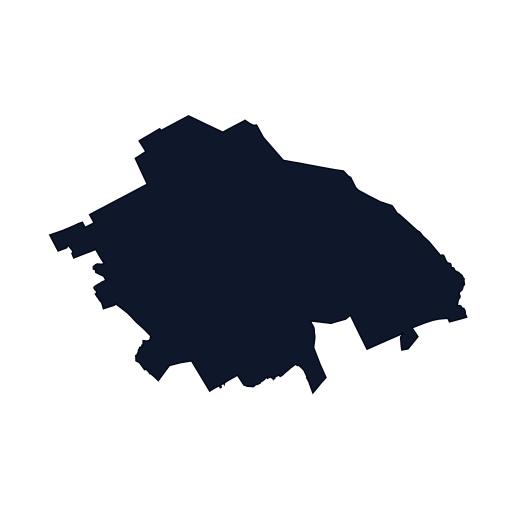 the district of Soyaniquilpan de Juárez, México, Mexico, rotated 330°
{"feature_id": "50627088B65616547709828", "entity_name": "Soyaniquilpan de Juárez", "entity_type": "district", "adm_level": 2, "iso_a3": "MEX", "parent_name": "Mexico", "parent_adm1": "México", "projection": "albers", "projection_center": [-99.518, 20.053], "detail": "fine", "context": "isolated", "style": "filled", "palette": "ink", "viewbox_px": 512, "rotation_deg": 330, "n_neighbors": 0, "source": "geoboundaries", "source_scale": "gbopen_adm2", "svg_char_len": 5984}
<svg xmlns="http://www.w3.org/2000/svg" viewBox="0 0 512 512"><g transform="rotate(330 256 256)"><path d="M407.8,414.3L408.1,413.5L408.0,411.8L408.2,411.2L408.3,410.9L408.6,410.3L409.0,409.6L409.6,408.0L409.7,407.2L409.6,406.5L409.7,406.1L409.7,405.4L408.7,404.5L408.6,404.2L408.4,403.5L408.4,402.2L408.2,401.5L407.7,400.8L407.0,400.6L406.4,400.4L405.9,400.3L405.6,399.8L406.0,399.0L406.5,398.5L407.0,397.7L408.1,396.4L408.4,396.1L408.6,395.8L409.1,395.4L409.2,394.9L409.4,394.7L409.9,394.5L410.6,394.5L411.1,394.4L411.9,393.6L412.3,393.2L412.6,392.8L412.8,392.4L412.8,391.5L412.7,391.1L412.8,390.8L412.9,390.4L413.4,389.8L414.0,389.2L414.9,388.8L416.0,388.6L417.0,388.5L418.0,387.9L419.0,387.0L419.6,386.3L420.1,385.8L421.0,385.3L421.5,385.2L422.1,385.0L422.3,384.7L422.7,383.9L423.4,382.0L423.9,381.1L424.2,380.5L424.6,380.2L424.8,379.7L424.4,378.4L424.4,378.0L424.6,377.6L424.6,376.2L424.4,375.1L424.0,374.2L423.6,373.2L423.4,372.1L422.3,370.1L421.8,369.5L421.1,368.8L421.0,368.0L421.1,366.9L421.2,366.0L421.2,365.3L420.5,364.5L419.6,363.9L419.5,363.6L419.4,363.1L419.9,362.3L420.1,361.8L420.3,361.2L420.6,360.6L420.5,359.7L419.1,358.3L418.3,357.8L418.2,353.7L418.3,353.7L418.7,350.8L418.8,349.9L418.5,348.9L417.7,348.2L416.1,348.3L412.9,330.0L410.5,322.5L410.3,321.2L409.9,318.2L409.6,316.9L408.2,314.4L407.1,311.0L405.3,305.3L400.9,291.9L399.6,289.5L399.3,284.1L399.0,280.5L391.9,272.6L390.8,271.4L388.5,267.8L383.8,260.6L380.8,255.6L377.5,250.4L377.0,248.5L376.7,247.4L376.5,246.5L376.7,244.0L377.0,238.9L377.0,238.7L377.1,236.9L377.3,235.3L377.0,235.0L375.8,233.0L375.4,231.4L374.5,227.4L374.1,226.0L371.3,223.8L369.5,222.4L369.2,222.2L368.0,221.3L366.1,219.6L363.4,217.4L351.7,207.4L342.0,199.1L327.4,186.8L321.6,157.0L321.9,142.8L320.2,142.2L319.1,141.5L318.7,141.1L317.8,139.7L316.8,138.3L316.1,136.7L315.6,135.6L315.2,134.9L314.5,133.5L314.3,133.0L313.9,133.1L304.4,132.7L297.2,132.4L289.1,132.2L284.2,125.1L277.2,115.0L272.4,107.9L267.6,100.9L258.6,100.6L251.9,100.4L243.0,100.1L236.3,99.9L236.2,97.7L225.4,97.8L218.9,97.8L212.4,97.9L212.9,110.5L205.3,110.9L200.3,111.1L198.9,126.4L197.8,139.5L191.2,139.2L182.5,138.9L173.9,138.6L165.2,138.2L156.5,137.9L149.9,137.7L141.3,137.3L132.6,137.0L132.5,143.9L132.2,146.4L122.3,145.8L122.4,139.9L121.4,139.9L120.5,139.6L118.4,139.2L114.5,138.9L108.1,138.2L105.6,137.8L101.8,137.4L97.6,136.6L87.9,134.7L87.2,152.7L96.3,154.2L97.7,153.0L98.8,152.9L99.9,160.5L97.9,161.8L97.2,166.5L108.9,168.3L109.5,168.4L113.2,169.0L115.6,169.4L117.9,169.7L120.5,170.1L120.5,179.9L120.8,186.6L119.4,186.4L118.0,185.9L117.0,185.3L115.3,184.0L114.3,183.5L113.0,183.4L111.2,183.6L109.8,183.9L108.7,185.9L109.3,186.8L109.6,186.7L110.0,186.7L110.3,186.9L110.3,187.3L109.1,190.0L111.0,193.1L113.4,196.4L114.0,197.2L113.9,202.1L109.6,201.5L106.9,201.8L105.4,201.6L103.6,201.7L102.2,201.7L101.2,201.8L100.2,202.0L99.7,202.6L99.7,203.4L99.7,204.4L100.0,205.4L100.3,206.6L99.7,208.4L97.9,208.6L98.1,212.1L98.4,214.2L98.3,215.6L98.6,216.9L98.9,218.2L98.9,219.9L98.5,221.6L98.0,223.5L97.5,225.4L99.3,225.7L100.4,225.9L101.5,226.2L103.2,226.5L105.1,227.0L105.8,227.1L108.3,227.7L110.7,227.5L113.5,234.1L116.2,240.7L117.9,247.0L119.3,253.3L122.5,263.1L122.6,263.5L122.7,264.0L123.0,264.9L123.2,265.7L123.4,266.7L125.0,273.0L124.7,273.2L124.1,273.4L123.9,273.6L123.7,274.0L123.5,274.5L123.0,274.9L122.2,275.4L121.4,275.6L120.3,275.6L119.7,275.4L119.0,275.1L117.8,274.3L116.0,272.9L113.6,276.6L112.5,276.2L112.0,277.8L109.5,277.0L109.2,277.5L108.8,277.8L108.2,278.2L107.6,278.6L107.1,278.8L106.6,279.6L106.0,280.4L105.4,280.8L104.5,281.5L103.9,281.9L103.2,282.1L102.7,282.1L102.0,282.2L101.4,283.5L101.2,284.0L100.9,284.5L100.0,286.3L99.9,286.5L99.7,286.7L101.8,290.2L102.0,291.6L102.7,298.7L102.8,298.8L104.1,298.7L104.2,299.5L104.9,300.4L104.7,301.2L105.1,301.4L105.1,301.5L105.3,303.4L105.3,303.5L105.5,304.1L105.2,304.1L105.3,304.9L105.6,304.9L105.8,305.0L106.6,306.9L107.5,309.3L108.5,312.8L109.1,315.0L126.2,307.5L137.3,310.6L147.8,314.6L147.8,317.0L148.3,343.3L148.3,346.0L148.4,349.9L149.6,349.7L150.6,349.7L151.7,349.7L152.8,349.6L153.8,349.6L154.8,349.7L155.9,349.7L157.0,349.7L158.1,349.8L159.5,349.9L159.2,352.1L160.4,352.1L160.8,350.0L161.9,349.9L163.1,350.0L164.2,349.9L164.3,351.2L165.3,350.0L165.5,350.0L166.9,349.9L168.3,349.9L169.1,349.8L170.3,349.8L180.4,349.9L181.0,361.0L181.1,361.8L183.6,364.6L187.1,366.9L187.9,367.1L188.0,367.7L189.2,367.8L191.0,367.2L192.3,367.5L193.2,367.8L194.6,368.0L196.1,368.1L197.4,367.3L200.2,367.3L202.6,366.8L203.1,366.4L203.7,366.2L204.7,366.5L204.7,367.6L206.3,367.8L207.0,367.7L208.5,368.2L208.5,368.3L208.4,368.5L208.4,368.8L208.5,368.8L208.7,369.0L208.8,369.2L208.9,369.4L209.0,369.6L209.3,370.7L209.4,371.6L211.3,371.1L211.2,370.1L212.7,370.2L213.8,370.3L214.5,370.4L215.7,370.5L216.6,370.6L216.6,371.0L216.6,371.6L216.6,371.9L216.7,372.2L216.8,372.4L217.0,372.4L217.3,372.4L217.7,372.4L218.2,372.4L218.9,372.4L219.6,372.2L220.3,372.1L221.1,371.9L221.7,371.7L222.3,371.5L222.7,371.5L223.3,371.4L223.9,371.3L224.9,371.1L225.9,371.0L226.9,370.8L227.5,370.6L228.2,370.5L228.8,370.4L229.2,370.3L230.0,370.2L231.6,370.0L232.7,369.9L233.4,369.7L234.5,369.6L236.1,369.4L237.1,371.4L237.6,371.1L237.9,371.0L239.5,375.1L240.4,378.6L239.8,386.6L239.1,386.7L238.9,391.7L238.7,392.6L236.8,403.0L242.8,400.8L248.8,398.5L252.8,397.2L255.8,396.2L257.1,384.1L257.3,381.9L260.1,364.1L265.7,356.7L267.0,354.5L268.5,350.7L269.4,349.3L270.3,346.9L270.4,344.4L270.3,342.1L270.5,340.9L270.3,340.3L271.4,339.9L280.4,346.6L287.5,351.9L289.8,352.3L294.6,353.5L301.9,355.4L308.2,354.4L306.9,372.2L305.6,392.2L314.3,393.1L327.3,394.5L335.9,395.5L344.6,396.4L344.3,397.0L340.7,398.6L336.9,406.4L336.6,407.1L335.3,410.3L341.2,412.4L347.5,410.0L355.9,406.8L355.2,396.8L355.2,396.4L355.2,396.2L361.7,397.2L368.2,398.2L368.3,398.2L370.7,398.7L374.5,399.5L376.5,399.9L380.2,401.1L381.6,401.6L382.7,401.9L391.2,405.9L390.9,406.9L390.8,408.5L390.7,409.8L399.3,412.1L407.8,414.3Z" fill="#0f172a" stroke="#020617" stroke-width="1.5"/></g></svg>